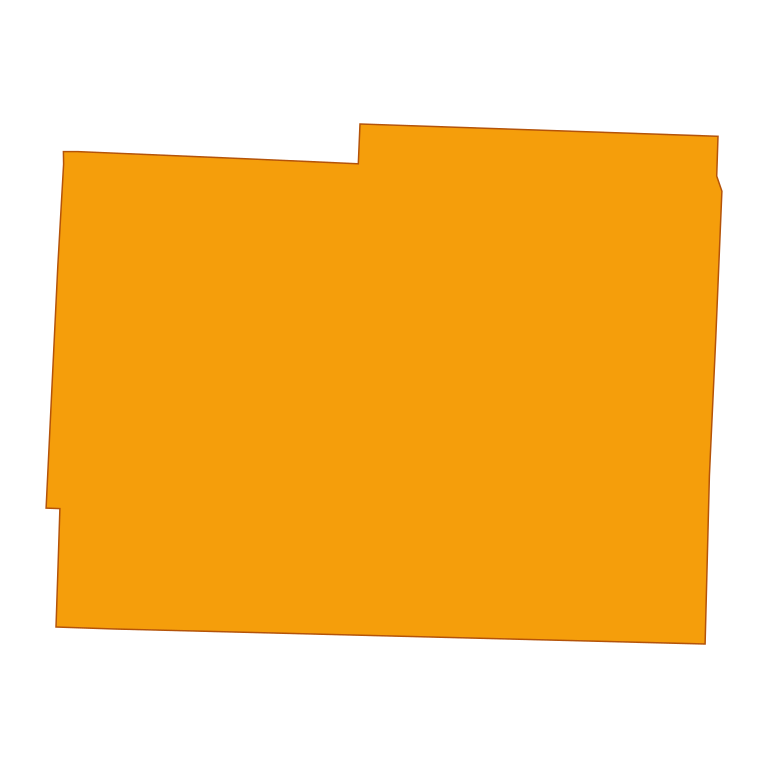 the district of Johnson, Missouri, United States of America
{"feature_id": "52423323B75740368728587", "entity_name": "Johnson", "entity_type": "district", "adm_level": 2, "iso_a3": "USA", "parent_name": "United States of America", "parent_adm1": "Missouri", "projection": "albers", "projection_center": [-93.816, 38.747], "detail": "fine", "context": "isolated", "style": "filled", "palette": "amber", "viewbox_px": 768, "rotation_deg": 0, "n_neighbors": 0, "source": "geoboundaries", "source_scale": "gbopen_adm2", "svg_char_len": 376}
<svg xmlns="http://www.w3.org/2000/svg" viewBox="0 0 768 768"><path d="M705.1,644.0L709.4,475.7L710.3,455.9L714.9,356.9L715.8,337.1L721.9,191.2L716.7,176.1L718.0,136.3L360.0,124.0L358.3,163.8L244.3,158.7L77.6,151.6L63.4,151.6L63.6,164.2L57.8,266.3L46.1,508.1L59.9,508.6L58.0,567.6L56.0,627.0L115.0,629.0L705.1,644.0Z" fill="#f59e0b" stroke="#b45309" stroke-width="1.5"/></svg>